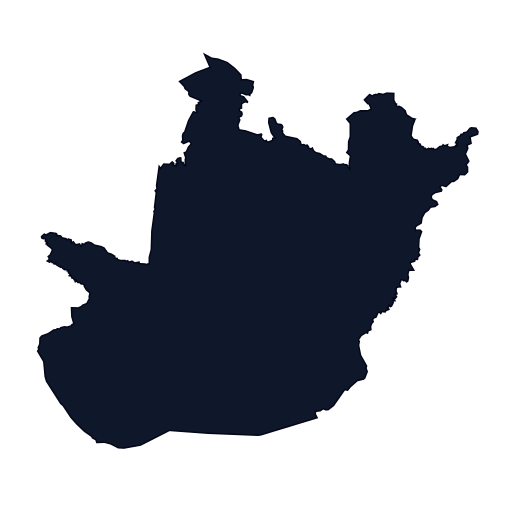 Xuan Loc, Đồng Nai, Vietnam (Robinson projection), rotated 93°
{"feature_id": "81297802B96051805348654", "entity_name": "Xuan Loc", "entity_type": "district", "adm_level": 2, "iso_a3": "VNM", "parent_name": "Vietnam", "parent_adm1": "Đồng Nai", "projection": "robinson", "projection_center": [107.38, 10.927], "detail": "fine", "context": "isolated", "style": "filled", "palette": "ink", "viewbox_px": 512, "rotation_deg": 93, "n_neighbors": 0, "source": "geoboundaries", "source_scale": "gbopen_adm2", "svg_char_len": 6036}
<svg xmlns="http://www.w3.org/2000/svg" viewBox="0 0 512 512"><g transform="rotate(93 256 256)"><path d="M247.8,471.2L249.2,470.9L249.9,469.2L249.4,468.4L250.4,467.0L252.2,467.1L252.6,466.0L254.8,466.1L254.3,465.0L255.9,465.1L259.5,460.0L261.1,459.8L265.6,461.5L267.4,463.5L268.6,462.5L270.7,462.6L271.9,464.2L273.0,461.8L271.9,460.3L273.2,459.3L273.5,457.6L274.4,457.4L274.5,456.3L273.7,455.7L275.2,454.9L276.4,452.7L277.5,450.4L277.1,449.4L278.5,448.3L279.2,447.2L278.9,446.5L279.6,446.5L279.8,443.4L280.7,443.5L280.0,442.2L282.5,442.5L284.2,440.4L285.4,441.4L285.8,439.3L287.7,438.6L287.8,436.9L289.1,436.5L289.5,434.8L290.3,435.5L291.2,435.1L290.3,433.6L291.8,432.5L291.6,430.8L293.1,429.1L292.9,427.2L293.8,426.6L294.0,425.5L295.4,425.8L298.8,423.5L301.5,419.9L305.7,420.5L306.7,419.9L312.3,422.4L314.3,426.7L315.5,427.6L317.2,430.8L317.3,437.6L326.3,436.7L333.3,434.3L334.1,436.2L335.5,437.0L336.9,440.9L336.7,443.5L337.8,447.2L339.2,448.4L339.0,450.6L340.2,452.0L340.4,454.0L344.4,459.4L347.1,465.8L349.2,467.4L355.3,467.3L358.9,468.7L360.4,468.0L362.4,469.1L372.5,462.4L387.6,460.2L392.1,458.6L413.6,443.2L415.4,440.8L426.9,432.3L433.3,426.0L440.1,418.0L444.7,410.6L446.2,409.8L447.9,406.2L450.6,405.2L449.9,397.6L451.2,391.3L454.7,383.5L454.7,377.8L450.8,361.3L434.7,333.4L435.5,294.5L434.9,244.9L434.4,241.9L414.3,186.5L410.9,188.5L408.0,188.4L407.2,183.8L405.0,181.0L406.0,177.9L405.6,175.8L401.3,170.8L384.8,160.5L385.2,157.5L381.7,155.0L375.2,148.4L373.3,142.2L372.3,141.1L365.7,138.9L362.1,140.3L360.1,139.8L349.7,146.4L339.8,148.9L335.9,148.4L334.2,149.4L329.8,146.7L326.7,142.2L327.2,140.6L324.8,140.1L323.6,137.4L320.3,137.9L317.2,136.9L315.5,135.5L313.3,136.3L311.6,135.0L310.8,133.0L305.7,131.0L305.7,129.8L306.9,128.4L304.9,127.4L305.1,124.1L303.7,123.4L302.4,120.5L301.7,120.7L300.9,122.2L299.6,120.7L298.0,120.5L299.5,119.0L299.0,118.1L295.4,116.5L293.7,117.2L293.4,115.0L290.9,117.3L290.6,116.5L291.3,114.9L289.3,113.5L287.1,115.1L286.4,113.2L283.9,114.3L280.6,114.3L279.4,112.4L279.3,110.0L276.1,111.1L272.2,109.8L272.0,108.7L273.0,107.2L272.6,105.7L274.0,104.2L273.0,103.1L269.6,102.6L266.5,103.4L262.4,102.8L261.9,97.7L256.6,101.2L254.4,101.7L253.0,97.4L251.0,96.8L250.9,94.6L248.5,94.3L246.5,92.5L244.4,94.0L240.8,92.9L238.8,94.1L230.3,94.1L223.0,91.9L221.6,93.4L221.9,97.9L219.4,98.7L217.4,97.2L214.5,92.8L209.0,92.2L203.8,89.7L201.4,86.5L198.1,84.3L197.2,79.9L195.0,77.2L192.2,78.6L190.8,82.3L189.4,83.7L187.6,84.1L185.5,83.4L183.3,80.3L181.5,74.3L180.1,73.9L177.6,75.9L176.4,75.4L175.8,73.6L176.7,69.9L171.5,64.8L171.1,62.3L168.2,58.6L164.0,57.0L163.9,51.8L160.9,49.1L156.3,49.4L154.0,51.0L150.2,48.4L143.2,52.3L137.4,50.1L134.2,51.0L132.3,47.1L125.9,48.5L122.8,41.1L120.1,40.8L116.8,43.1L116.7,47.8L117.3,49.0L121.3,52.0L122.0,54.9L123.6,55.9L123.8,57.7L125.1,58.0L127.2,61.2L129.2,61.2L132.5,62.7L133.2,60.6L135.1,62.2L135.2,61.0L136.1,61.4L137.4,67.9L136.9,70.0L135.8,70.9L134.9,70.6L136.1,73.6L135.1,75.0L136.6,75.8L137.0,78.1L139.9,81.3L140.5,83.3L139.3,84.5L140.1,85.6L139.3,86.2L139.9,88.4L139.4,89.2L141.0,91.8L139.6,92.4L140.0,93.7L138.4,94.4L137.6,97.0L135.5,98.1L135.3,100.3L133.9,99.8L131.9,101.0L131.2,104.9L127.9,107.5L117.8,106.5L111.9,104.6L111.8,105.2L110.9,104.3L110.4,107.4L107.0,113.2L103.2,114.6L100.1,118.4L99.0,121.1L99.5,122.4L98.9,123.7L96.9,123.6L96.9,124.5L93.1,126.6L86.4,126.9L86.5,134.0L88.0,137.4L87.4,142.0L88.6,143.3L88.3,144.8L89.0,146.8L90.2,148.1L88.8,151.0L94.4,156.0L98.0,152.4L98.4,150.9L103.0,148.6L105.1,151.7L105.5,159.4L107.3,162.8L107.8,165.6L114.5,172.6L118.7,168.8L131.9,168.1L136.9,169.5L145.2,169.2L147.9,170.8L151.0,166.9L158.4,167.7L164.3,166.9L162.4,168.9L161.0,169.0L160.0,170.7L160.2,172.4L159.5,173.4L160.4,177.1L159.9,181.6L157.7,182.4L155.1,185.6L155.2,187.9L154.1,190.7L152.6,191.6L152.6,193.8L150.3,197.7L149.7,201.6L148.0,204.0L145.2,205.4L146.2,206.5L145.2,209.7L144.0,209.4L142.5,210.8L143.2,212.2L142.2,214.0L142.8,216.7L139.3,217.8L136.7,221.3L134.9,233.0L131.8,236.0L129.6,236.0L128.4,236.9L125.9,236.0L124.2,236.7L123.3,238.1L123.2,241.3L122.1,242.7L118.1,244.4L116.8,246.3L117.8,250.2L122.1,250.3L132.0,247.2L137.3,243.1L137.6,245.4L139.7,245.5L141.5,249.7L141.8,250.5L140.0,251.8L141.0,253.3L138.1,256.5L136.0,257.3L134.7,256.6L133.9,257.1L135.0,260.9L131.6,273.1L130.9,279.5L126.4,281.0L120.9,279.3L118.6,280.7L116.9,277.8L115.0,277.3L113.1,277.8L112.1,279.9L109.8,280.4L109.1,278.2L105.0,278.5L103.2,276.3L102.5,274.4L103.0,272.7L102.4,272.5L97.7,276.7L96.7,280.1L95.1,280.5L93.9,279.0L95.5,274.3L95.3,271.9L95.9,270.6L94.5,270.4L93.1,268.9L88.4,267.6L86.8,267.7L86.5,268.4L82.0,267.7L80.3,274.6L80.8,279.9L75.9,280.6L69.7,287.2L64.4,294.8L61.4,304.1L60.8,310.7L57.3,318.0L70.0,311.7L76.1,325.6L85.7,341.5L90.4,336.5L92.7,335.5L95.3,331.6L98.0,331.6L99.8,330.3L104.0,318.6L106.1,321.7L107.7,321.0L108.5,323.6L113.2,323.6L115.1,322.1L115.8,322.4L115.3,326.1L124.3,330.4L136.0,333.7L137.3,335.1L139.8,335.7L144.2,335.2L146.1,336.3L147.5,334.2L144.7,328.6L147.3,326.4L150.8,329.2L155.7,331.0L156.7,333.1L162.1,331.1L162.9,331.7L167.6,331.5L169.3,330.7L169.6,331.4L167.9,333.4L166.4,333.7L166.4,335.7L161.9,336.3L161.9,336.8L162.7,339.2L165.1,340.8L167.7,338.8L167.9,340.4L169.1,339.8L169.5,341.5L170.3,341.1L169.3,343.8L167.7,343.0L166.4,344.6L169.0,347.1L169.0,352.9L173.5,355.9L171.6,357.4L190.9,359.0L194.0,358.3L196.2,360.1L197.8,358.9L213.2,359.9L214.1,358.9L216.8,360.3L218.4,359.8L236.2,361.3L255.3,360.9L262.7,362.5L269.7,362.2L269.6,363.9L270.5,365.1L269.8,366.2L269.8,372.0L268.2,372.5L269.3,376.7L267.7,379.5L268.9,383.0L267.4,383.8L268.0,385.7L267.3,386.7L267.6,390.7L266.9,394.1L265.6,394.6L265.8,396.7L263.6,397.1L261.7,400.6L260.7,404.4L256.0,408.1L254.7,411.2L253.6,417.9L251.5,421.3L250.8,424.2L252.0,427.1L253.4,427.8L252.8,430.2L255.2,430.7L255.4,431.5L253.2,432.8L254.2,436.7L251.4,439.2L252.7,440.8L249.5,441.5L248.9,444.3L249.8,445.9L248.6,446.6L248.0,450.6L246.2,452.1L245.8,456.0L244.4,456.2L243.9,457.1L243.4,462.6L246.0,466.8L245.2,468.6L247.8,471.2Z" fill="#0f172a" stroke="#020617" stroke-width="1.5"/></g></svg>